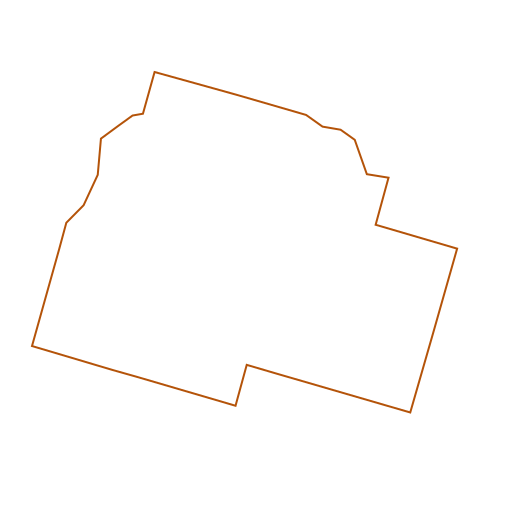 outline of Lincoln, Louisiana, United States of America, rotated 16°
{"feature_id": "52423323B73222976979842", "entity_name": "Lincoln", "entity_type": "district", "adm_level": 2, "iso_a3": "USA", "parent_name": "United States of America", "parent_adm1": "Louisiana", "projection": "orthographic", "projection_center": [-92.669, 32.606], "detail": "fine", "context": "isolated", "style": "outline", "palette": "amber", "viewbox_px": 512, "rotation_deg": 16, "n_neighbors": 0, "source": "geoboundaries", "source_scale": "gbopen_adm2", "svg_char_len": 493}
<svg xmlns="http://www.w3.org/2000/svg" viewBox="0 0 512 512"><g transform="rotate(16 256 256)"><path d="M447.4,363.9L447.5,285.8L447.5,278.6L447.3,193.5L362.4,193.0L361.8,144.2L340.0,146.8L318.9,117.1L302.5,111.3L284.3,113.3L265.3,106.6L192.4,106.4L107.8,107.1L108.1,150.4L98.6,155.0L88.4,168.0L74.6,185.9L81.5,221.6L76.3,254.7L64.5,276.3L64.9,303.3L65.5,404.3L149.6,405.1L174.2,405.0L277.6,405.6L277.1,363.2L307.5,363.4L447.4,363.9Z" fill="none" stroke="#b45309" stroke-width="2"/></g></svg>